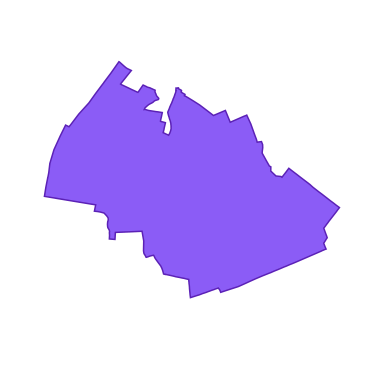 Gaujani, Teleorman, Romania (Equal Earth projection), rotated 128°
{"feature_id": "2599482B70071285458497", "entity_name": "Gaujani", "entity_type": "district", "adm_level": 2, "iso_a3": "ROU", "parent_name": "Romania", "parent_adm1": "Teleorman", "projection": "equal_earth", "projection_center": [25.703, 43.752], "detail": "fine", "context": "isolated", "style": "filled", "palette": "violet", "viewbox_px": 384, "rotation_deg": 128, "n_neighbors": 0, "source": "geoboundaries", "source_scale": "gbopen_adm2", "svg_char_len": 5922}
<svg xmlns="http://www.w3.org/2000/svg" viewBox="0 0 384 384"><g transform="rotate(128 192 192)"><path d="M286.3,305.6L263.9,264.5L261.4,260.0L267.2,257.1L265.5,254.3L264.7,252.8L264.1,251.6L263.3,249.7L263.2,249.5L263.0,249.1L262.8,248.6L262.8,248.3L262.8,247.9L262.8,247.7L262.9,247.2L263.0,246.6L263.1,245.9L263.2,245.3L263.3,244.5L263.5,244.0L263.7,243.3L263.8,242.8L264.2,242.0L264.6,241.7L265.1,241.2L265.5,240.9L266.3,240.5L267.1,240.2L267.6,240.0L268.0,239.7L268.8,239.2L269.4,238.8L270.1,238.2L270.4,237.9L271.1,237.3L271.6,236.7L271.9,236.4L272.0,236.1L272.2,235.7L272.3,235.4L272.5,234.9L272.6,234.6L272.8,234.0L273.0,233.7L273.3,233.4L273.7,232.8L275.0,232.0L276.8,230.4L279.9,228.2L276.8,223.5L271.0,227.5L261.5,216.3L253.7,207.2L260.3,199.9L268.2,194.0L269.6,192.5L269.8,192.3L270.0,191.9L270.2,191.7L270.3,191.4L270.4,191.1L270.5,190.7L270.7,190.2L270.9,189.8L271.1,189.2L271.2,188.9L271.4,188.6L271.6,188.3L271.7,188.1L271.6,187.8L270.9,187.3L270.2,186.8L269.7,186.5L268.8,186.0L268.5,185.7L268.1,185.5L267.6,185.1L267.0,184.6L266.5,184.2L265.9,183.7L265.6,183.5L265.5,183.3L265.6,183.1L265.8,182.5L266.2,181.7L266.7,180.8L267.0,180.0L267.5,178.5L267.5,178.3L268.1,176.4L268.3,175.6L268.6,174.6L268.8,173.8L269.6,170.9L270.1,170.0L270.6,168.9L271.8,167.0L272.8,165.6L273.6,164.6L274.0,164.0L274.1,163.9L273.6,162.7L273.5,162.8L273.4,162.7L272.7,161.1L271.1,157.8L270.3,156.1L269.6,154.6L268.8,152.7L267.2,149.6L266.8,148.8L265.8,146.7L265.4,146.0L264.9,145.0L264.4,143.9L264.0,142.9L263.7,142.4L263.5,141.9L263.2,141.3L262.9,140.8L263.1,140.6L263.6,140.1L264.1,139.7L264.6,139.2L265.2,138.6L265.7,138.2L266.6,137.3L267.0,136.9L267.4,136.5L267.7,136.2L268.3,135.7L268.8,135.2L269.2,134.9L270.3,133.9L272.8,131.5L273.9,130.5L276.2,128.2L269.9,123.9L268.8,123.1L267.0,122.0L265.6,121.2L264.3,120.3L262.2,118.9L260.8,118.1L259.1,117.0L257.9,116.3L256.5,115.4L255.5,114.7L253.5,113.5L252.8,113.0L251.7,112.3L251.5,112.2L251.6,111.8L251.7,111.3L251.9,110.6L252.1,109.8L252.3,109.5L252.5,109.0L252.9,108.5L253.1,108.1L253.4,107.6L249.9,105.3L243.8,101.2L238.2,97.4L236.4,96.4L230.3,93.2L226.4,91.2L221.1,88.4L214.1,84.5L213.9,84.4L213.1,83.9L211.7,83.1L210.2,82.2L208.6,81.3L207.2,80.4L205.5,79.5L204.4,78.9L204.0,78.7L202.6,77.9L201.4,77.2L200.2,76.5L197.9,75.2L196.6,74.5L195.5,73.9L194.4,73.3L192.6,72.2L190.2,70.9L188.4,69.9L187.1,69.1L183.9,67.3L159.1,53.8L158.0,53.3L156.8,52.6L155.5,51.9L154.4,51.2L154.1,51.9L153.6,52.7L153.2,53.5L152.4,54.8L151.9,55.6L151.5,56.4L151.4,56.5L151.2,56.7L149.9,56.8L147.8,57.0L146.6,57.2L145.7,57.2L145.0,57.3L144.8,57.3L144.5,57.8L143.9,58.6L143.1,60.0L141.7,62.2L141.1,63.2L140.5,64.1L139.4,65.9L139.1,65.9L136.9,65.9L135.1,66.0L132.7,66.0L130.9,66.1L129.1,66.1L127.0,66.1L124.5,66.1L122.5,66.1L121.2,66.1L119.3,66.1L118.3,66.1L116.8,66.2L115.1,66.2L113.5,66.2L113.6,70.4L113.6,74.3L113.7,77.5L113.7,79.5L113.7,81.2L113.7,84.6L113.7,87.9L113.8,91.8L113.8,95.4L113.8,98.0L113.8,99.8L113.7,101.2L113.5,103.5L113.6,113.9L113.7,126.3L113.7,130.3L118.6,130.2L125.0,130.2L125.0,131.4L127.7,135.7L127.0,142.8L123.6,145.4L123.9,147.0L121.6,152.6L118.2,160.6L116.6,161.7L113.6,163.5L111.2,165.5L109.5,168.3L112.6,171.3L110.9,173.6L108.1,178.2L102.2,187.5L97.7,196.2L98.2,196.4L100.5,197.8L113.5,204.8L107.2,215.9L118.5,222.2L118.6,231.7L118.7,239.2L118.8,240.5L119.4,246.7L120.2,253.8L120.5,255.8L120.8,257.2L120.6,257.2L119.8,257.4L119.6,257.5L119.4,257.6L120.0,261.7L119.9,262.1L119.7,262.3L118.9,262.4L118.7,262.5L118.4,263.0L118.8,265.6L118.8,266.4L118.3,266.8L118.5,267.1L118.8,266.9L119.9,268.6L122.0,267.2L121.9,266.9L122.3,266.8L123.2,266.4L124.4,265.9L125.2,265.7L126.1,265.4L126.3,265.3L127.5,264.9L128.1,264.7L129.0,264.4L129.7,264.3L130.1,264.2L130.9,263.9L132.4,263.4L132.7,263.4L133.4,263.1L134.9,262.7L136.0,262.5L136.8,262.3L137.4,262.1L138.4,261.9L139.9,261.4L140.8,261.1L142.4,260.7L142.7,260.6L143.6,260.4L143.9,260.2L144.2,260.1L144.5,259.7L145.0,259.2L145.5,258.5L145.9,258.0L146.5,257.2L147.0,256.4L147.1,256.2L147.4,255.8L147.8,255.3L148.4,254.5L148.5,254.3L148.7,254.0L149.1,253.3L149.9,252.2L150.2,251.9L150.8,251.1L151.8,250.2L152.7,249.3L153.1,249.0L153.1,248.9L154.1,248.2L154.5,247.8L155.1,247.4L155.7,247.1L157.0,246.5L159.1,245.8L160.6,245.5L160.8,245.5L161.6,245.4L161.6,245.5L162.1,247.3L162.4,248.5L162.7,250.1L162.9,250.9L163.0,251.2L162.8,251.3L162.7,251.4L162.6,251.5L162.4,251.5L159.3,252.9L159.1,253.1L156.9,254.1L154.8,255.1L153.8,255.5L153.7,255.6L154.8,258.2L155.4,259.5L155.5,259.9L155.7,260.2L155.7,260.4L155.6,260.5L154.7,260.9L154.6,261.0L151.8,262.3L151.5,262.4L151.4,262.5L148.3,264.0L147.8,264.2L147.8,264.3L147.7,264.4L148.0,264.9L149.6,267.8L150.8,269.8L153.7,275.0L154.6,276.7L154.7,277.0L155.2,278.2L155.5,279.0L155.7,279.6L155.9,279.9L156.4,280.4L154.8,280.8L154.4,280.8L153.9,280.8L153.0,280.5L152.0,280.4L151.4,280.3L149.8,279.9L149.4,279.8L148.6,279.4L148.1,279.2L147.5,278.9L146.6,278.5L146.2,278.3L145.3,278.0L144.7,277.9L143.4,277.7L143.2,277.6L142.9,277.5L142.6,277.3L141.9,276.9L141.3,276.4L140.5,275.9L140.2,275.6L139.9,275.6L139.7,275.5L139.4,275.5L139.0,275.6L138.9,275.8L138.6,276.1L138.6,276.5L138.4,277.1L138.3,277.7L138.2,278.4L138.0,279.1L137.8,279.5L137.3,280.3L136.9,280.9L136.3,282.1L136.0,282.6L135.7,282.9L135.4,283.2L135.1,283.4L134.5,283.7L134.9,285.5L135.0,285.6L135.3,287.2L135.4,287.4L135.8,289.3L136.8,291.6L137.0,292.9L137.8,296.4L140.3,296.3L145.3,296.0L146.8,296.0L147.0,296.7L147.6,299.4L148.4,302.7L149.1,306.0L149.6,308.2L150.2,310.9L150.8,313.5L150.9,314.0L150.9,314.8L139.6,314.7L133.6,314.6L134.3,317.8L134.6,319.2L134.7,320.6L134.6,323.1L134.4,326.2L134.2,329.1L134.3,329.8L148.1,329.1L159.1,328.9L159.5,328.9L160.6,328.8L162.7,328.8L173.4,328.6L185.3,328.1L200.2,329.2L214.4,329.0L215.5,329.1L216.3,329.1L217.1,332.8L229.1,330.3L243.7,326.8L257.0,321.6L264.9,316.8L268.8,314.8L269.2,314.7L270.1,314.2L278.2,310.1L286.3,305.6Z" fill="#8b5cf6" stroke="#5b21b6" stroke-width="1.5"/></g></svg>